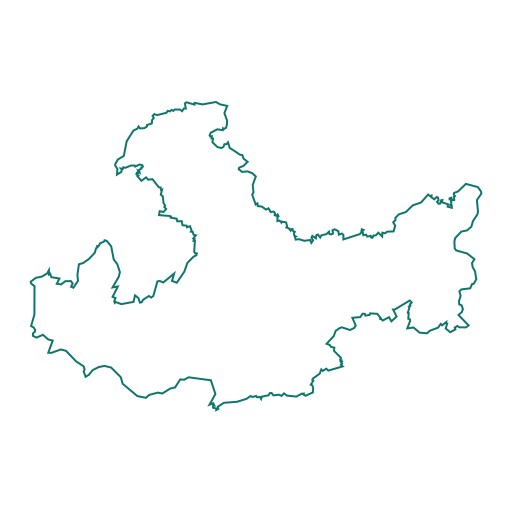 Huejutla de Reyes, Hidalgo, Mexico
{"feature_id": "50627088B61765776713895", "entity_name": "Huejutla de Reyes", "entity_type": "district", "adm_level": 2, "iso_a3": "MEX", "parent_name": "Mexico", "parent_adm1": "Hidalgo", "projection": "albers", "projection_center": [-98.458, 21.143], "detail": "fine", "context": "isolated", "style": "outline", "palette": "teal", "viewbox_px": 512, "rotation_deg": 0, "n_neighbors": 0, "source": "geoboundaries", "source_scale": "gbopen_adm2", "svg_char_len": 6076}
<svg xmlns="http://www.w3.org/2000/svg" viewBox="0 0 512 512"><path d="M427.1,333.3L429.7,330.8L438.1,327.6L440.8,323.9L442.1,325.3L446.1,322.2L445.9,323.2L447.2,323.5L445.7,328.5L450.2,332.2L455.4,329.4L454.8,327.6L457.3,326.0L459.3,327.3L465.9,327.4L468.6,325.4L458.5,315.0L461.8,312.1L462.9,309.1L461.7,305.4L459.2,304.3L459.0,301.0L460.6,295.9L459.4,291.3L461.4,289.4L470.2,288.3L472.0,284.1L473.7,283.8L476.3,279.3L475.0,271.2L472.7,267.3L472.0,263.1L474.4,259.2L467.2,253.5L456.3,250.5L454.7,248.4L454.4,241.4L455.2,238.1L461.3,231.6L467.0,230.4L471.3,226.8L473.0,221.0L477.3,214.6L478.0,211.8L476.9,200.1L481.3,193.7L481.1,191.6L477.9,187.1L465.9,183.9L457.8,191.6L454.1,192.9L453.7,194.4L455.0,196.1L454.0,196.6L454.3,199.9L452.0,200.3L451.4,197.7L449.6,198.3L449.6,199.3L450.9,199.1L451.3,204.0L450.1,204.8L451.7,205.5L451.8,207.8L447.6,206.6L447.9,204.2L441.9,202.3L442.4,200.0L441.2,200.2L440.1,203.6L438.5,203.8L437.0,201.8L438.6,200.1L437.9,197.4L436.6,197.1L434.3,199.3L431.3,197.2L431.5,195.5L429.9,196.1L428.1,194.5L421.2,202.4L412.7,205.4L405.9,212.0L398.8,214.4L395.3,218.0L395.5,220.1L393.2,222.3L395.2,225.6L393.6,231.4L387.0,231.7L385.1,233.3L382.4,232.7L382.2,236.5L378.3,232.7L375.8,235.4L373.4,235.5L372.5,237.7L371.1,237.5L370.7,235.8L367.3,236.6L366.1,234.7L363.3,235.2L362.4,231.0L363.5,230.0L361.8,229.3L361.2,232.6L359.8,234.1L343.4,239.4L343.4,234.8L341.7,233.5L338.9,234.7L338.3,231.2L334.7,229.3L332.5,230.2L333.0,233.5L331.4,234.4L329.5,234.1L329.0,231.7L326.4,234.1L321.4,235.3L320.2,237.5L317.9,234.5L316.4,235.1L315.9,238.3L312.3,235.9L311.5,237.7L313.1,240.4L311.3,242.9L310.2,240.0L304.3,240.8L299.0,239.2L295.7,239.6L294.8,236.6L295.7,236.4L294.3,235.5L293.9,233.2L294.8,231.9L292.6,230.6L292.6,229.1L291.0,229.2L290.5,230.5L288.6,228.2L286.4,227.5L287.1,226.3L286.1,222.4L281.7,221.6L281.4,222.6L279.5,220.6L277.4,221.1L277.4,217.1L278.5,216.2L277.6,214.4L276.0,215.7L274.7,215.2L275.0,213.3L273.8,211.6L270.6,212.0L268.5,208.3L266.0,209.6L261.9,206.6L257.8,206.1L257.4,203.4L255.7,204.5L252.2,194.8L253.5,192.3L252.7,185.0L255.8,176.5L252.3,173.2L247.5,171.4L242.1,171.9L238.7,169.2L239.1,167.7L243.6,165.8L247.6,161.8L243.6,158.7L242.3,155.0L240.2,154.8L229.7,147.9L228.0,142.3L226.5,144.2L224.5,144.2L223.3,147.0L221.4,148.0L217.5,147.1L212.4,142.2L213.0,138.6L211.5,138.4L211.8,136.2L210.3,136.5L209.6,135.5L210.8,132.7L217.4,129.3L222.8,130.2L223.1,128.3L224.0,129.0L226.1,127.7L227.0,124.1L227.1,120.7L224.4,113.1L227.2,105.9L220.2,104.4L215.9,102.0L202.7,104.4L194.6,102.9L194.5,104.6L186.5,102.3L184.9,103.4L185.8,108.5L183.8,108.5L182.1,111.2L179.9,109.5L174.6,109.5L173.4,110.9L171.7,109.9L169.8,111.4L167.8,110.8L166.4,112.8L157.1,115.1L154.3,114.1L152.6,116.0L153.8,117.9L152.1,120.0L151.8,123.4L146.9,125.1L146.9,126.5L144.3,128.2L139.9,128.4L138.6,126.5L137.3,128.7L133.5,130.5L126.7,141.2L123.8,155.9L117.9,159.5L115.3,164.0L115.1,165.4L117.4,168.9L117.0,174.6L121.2,172.0L121.9,169.7L120.9,168.5L122.9,168.7L123.3,167.3L125.4,167.8L131.0,165.5L134.7,165.5L135.2,166.6L139.6,164.5L142.3,165.2L142.9,166.6L141.3,167.6L141.6,168.5L139.2,169.7L139.4,171.4L138.3,170.8L139.1,172.4L138.0,171.7L137.0,172.6L137.7,173.4L136.5,174.1L138.3,175.5L137.4,176.1L141.4,180.8L146.1,177.4L148.2,179.7L152.5,179.2L158.8,187.3L160.6,187.5L161.1,190.0L162.1,189.6L160.8,194.7L162.8,196.3L163.5,202.9L165.2,205.8L164.3,207.0L166.2,209.0L163.5,212.0L159.7,211.2L159.0,215.1L169.6,216.0L170.9,216.5L170.6,217.6L176.6,218.7L177.3,221.3L181.7,221.2L182.5,225.2L186.7,225.7L187.0,227.3L190.0,226.2L191.6,230.4L190.9,231.6L192.7,231.9L193.6,234.7L195.8,235.3L193.3,238.5L194.5,238.9L193.6,240.8L194.9,240.8L194.2,251.7L195.0,253.2L196.8,253.4L196.4,255.2L193.5,256.7L187.4,262.9L184.3,271.7L176.8,282.7L172.0,280.9L174.1,273.6L163.2,282.5L159.8,281.0L157.4,281.4L153.3,296.0L151.2,297.6L148.9,296.0L143.1,299.8L141.7,302.2L139.9,302.6L138.4,298.0L135.0,295.4L133.5,301.9L121.3,304.1L115.6,302.0L114.8,302.9L114.2,301.4L115.5,298.0L112.6,296.9L117.8,286.5L112.6,287.4L118.7,276.9L119.9,272.1L117.3,264.2L113.7,259.4L111.2,246.3L106.6,240.8L104.6,240.3L104.3,241.4L100.0,243.4L98.9,245.7L97.1,246.1L97.5,247.4L96.1,248.2L94.8,252.7L89.0,258.9L83.2,263.0L78.9,264.3L77.4,275.0L78.0,280.9L73.4,287.7L71.1,286.7L72.7,283.5L70.9,281.1L65.3,281.2L61.1,284.4L56.8,283.8L59.4,278.5L51.4,277.2L50.1,273.7L49.0,274.4L48.9,270.2L47.1,273.5L41.6,276.7L35.9,277.8L30.7,281.7L31.1,283.5L34.5,286.1L34.4,314.6L31.1,326.0L33.8,327.6L35.2,330.0L35.0,331.5L33.0,333.4L32.9,335.8L36.5,337.6L43.0,334.8L48.1,339.4L52.7,340.6L48.3,352.7L51.2,352.9L60.8,349.5L66.0,350.8L76.0,361.3L83.6,366.3L84.6,369.4L83.7,371.5L85.6,376.8L88.9,374.8L92.7,370.1L98.7,367.1L104.4,365.9L111.1,367.5L120.8,377.2L122.7,383.8L137.4,396.1L145.9,397.8L149.3,394.9L157.8,392.6L162.3,393.5L170.3,388.5L175.0,387.5L180.3,379.4L184.3,379.7L188.6,377.3L210.9,380.3L215.4,394.0L209.5,404.7L213.2,403.2L214.4,405.6L213.1,405.6L213.1,407.7L216.4,408.6L216.3,410.0L218.3,408.9L217.7,406.8L223.9,402.8L236.9,401.8L246.4,398.9L250.6,396.0L252.5,397.0L256.1,396.0L257.0,397.3L259.9,396.9L261.1,399.0L261.9,396.6L268.5,395.3L269.9,393.1L271.6,393.0L273.4,395.4L279.1,394.7L281.5,395.9L284.0,393.4L287.0,395.6L296.3,396.6L301.7,393.7L303.7,393.6L303.3,394.4L305.6,395.7L312.8,392.5L313.2,388.3L312.4,385.4L310.8,384.7L313.3,380.7L312.3,380.0L312.8,378.6L319.7,373.7L321.3,369.4L322.8,370.9L326.3,368.7L328.3,370.6L342.7,366.4L340.9,364.9L342.0,363.7L341.1,362.7L341.9,361.8L340.7,361.2L341.5,360.3L340.2,359.7L341.0,357.9L334.0,350.8L334.3,347.6L331.0,346.9L329.7,345.0L326.6,343.8L333.8,336.0L335.7,330.8L339.5,328.2L341.8,327.3L350.0,330.0L354.2,328.0L355.7,325.5L352.4,317.8L360.2,317.1L362.6,313.7L364.9,313.9L365.4,315.6L369.6,314.9L370.1,313.4L377.3,313.8L380.6,318.0L379.5,319.3L380.9,318.7L382.8,320.5L389.0,317.2L391.4,321.3L396.6,316.6L393.1,309.5L394.8,309.5L409.8,300.5L411.7,302.5L409.9,304.4L410.4,305.7L408.8,306.6L409.4,307.7L407.8,312.8L408.7,313.1L408.3,318.8L409.9,319.3L410.2,320.7L407.3,328.4L413.5,327.5L419.5,332.6L427.1,333.3Z" fill="none" stroke="#0f766e" stroke-width="2"/></svg>